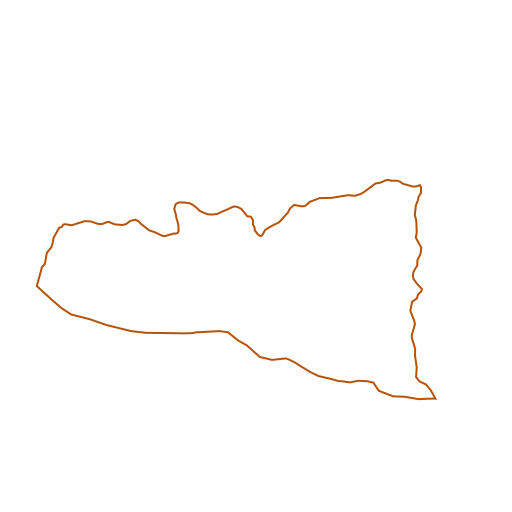 the district of Bolobo, Bandundu, Democratic Republic of the Congo, rotated 283°
{"feature_id": "63176286B21856672762157", "entity_name": "Bolobo", "entity_type": "district", "adm_level": 2, "iso_a3": "COD", "parent_name": "Democratic Republic of the Congo", "parent_adm1": "Bandundu", "projection": "mercator", "projection_center": [16.431, -2.651], "detail": "fine", "context": "isolated", "style": "outline", "palette": "amber", "viewbox_px": 512, "rotation_deg": 283, "n_neighbors": 0, "source": "geoboundaries", "source_scale": "gbopen_adm2", "svg_char_len": 3025}
<svg xmlns="http://www.w3.org/2000/svg" viewBox="0 0 512 512"><g transform="rotate(283 256 256)"><path d="M252.5,87.2L251.5,81.4L248.7,76.6L244.5,69.5L244.1,63.0L243.7,62.0L243.3,61.2L241.8,60.6L240.5,60.1L240.0,59.2L239.3,57.9L228.0,54.6L224.1,54.9L222.5,55.0L218.4,54.6L212.8,51.8L212.5,51.7L212.1,51.5L202.4,52.0L201.8,52.0L200.9,52.0L196.9,49.9L195.8,49.9L177.4,49.2L166.8,68.0L161.3,78.6L160.5,80.8L157.4,89.2L157.2,100.2L157.0,108.0L157.0,108.6L156.2,115.4L156.1,117.2L155.6,121.1L155.1,126.4L154.7,151.0L155.4,157.0L155.5,157.8L156.2,164.7L156.6,167.1L158.6,176.1L164.5,203.5L166.4,210.9L167.2,212.9L168.0,214.4L174.6,237.2L175.4,245.8L169.6,257.7L166.8,267.3L158.5,282.4L158.4,295.1L162.9,308.0L162.9,308.4L162.5,311.6L160.9,318.2L159.0,323.3L155.1,335.1L153.1,343.7L153.1,356.2L152.7,364.4L153.5,369.9L153.9,375.8L157.4,383.6L159.0,392.6L159.0,398.9L155.5,402.5L152.3,405.9L150.1,421.1L150.2,421.7L152.3,432.6L153.1,446.7L155.1,453.7L157.4,462.6L157.4,462.8L161.1,459.7L161.6,459.2L164.6,456.3L169.0,450.7L169.6,447.9L170.2,445.2L170.4,444.5L170.6,443.5L172.7,440.9L174.1,439.2L183.5,437.7L194.5,433.4L201.4,431.9L211.2,426.3L213.5,425.7L213.9,425.6L218.2,425.8L225.4,426.2L228.1,424.9L228.8,424.6L237.3,418.7L246.6,418.4L250.8,422.3L252.6,422.4L255.2,422.6L258.1,424.7L258.6,424.9L259.6,425.0L261.2,425.0L265.2,419.1L267.0,417.0L269.2,414.5L270.3,414.1L271.9,413.4L275.7,413.0L278.7,413.8L281.1,414.6L282.9,415.3L287.7,414.3L288.1,414.2L295.0,415.8L296.3,415.7L301.3,415.2L309.9,407.5L314.8,407.4L323.0,405.2L324.1,404.9L326.9,404.0L327.9,403.5L331.7,401.5L335.3,401.1L341.2,400.4L345.7,401.1L346.3,401.2L350.3,401.1L350.7,401.3L354.5,402.5L358.7,401.7L359.6,401.5L361.9,399.9L360.1,397.0L359.0,393.8L359.4,382.9L360.8,379.6L361.1,376.8L360.3,373.2L359.7,370.3L360.0,368.2L359.9,368.0L359.2,365.8L356.5,362.1L355.3,360.4L353.5,356.1L342.8,347.0L340.1,344.2L337.0,339.1L336.7,337.2L336.4,335.4L335.9,331.9L331.9,322.0L329.8,317.0L326.6,304.7L324.6,301.8L320.7,296.0L316.6,293.3L315.5,291.9L314.7,289.6L314.6,287.0L314.3,281.7L310.1,278.5L305.5,277.3L301.1,274.9L294.0,270.9L288.8,264.5L283.5,259.1L277.4,257.3L276.5,256.0L276.9,253.9L278.3,252.0L280.0,249.9L281.2,248.7L283.0,248.5L286.0,246.0L290.1,245.0L292.7,242.7L292.9,242.0L293.1,241.3L292.7,238.6L298.5,231.3L299.4,227.9L299.6,225.6L299.2,223.2L297.1,220.3L294.6,217.2L291.1,212.3L288.5,209.2L286.7,204.6L285.9,200.7L286.0,197.7L286.6,194.2L287.2,191.3L288.7,188.8L290.2,186.1L291.6,182.9L292.5,179.2L292.4,178.8L292.0,174.5L291.4,171.3L290.7,168.5L288.6,166.2L286.5,165.8L283.4,165.8L280.6,167.3L278.6,168.5L275.7,169.6L272.8,171.3L268.5,173.5L265.0,174.4L262.6,175.0L260.9,174.5L259.6,172.5L259.4,170.8L254.8,162.5L254.7,160.8L254.6,160.0L256.0,153.9L256.4,152.0L257.0,146.0L257.5,145.0L261.4,136.7L263.5,133.7L264.2,130.4L262.0,125.7L257.6,122.0L256.2,118.7L255.2,112.5L255.1,111.4L255.2,110.3L256.1,104.9L255.5,103.3L255.0,102.3L253.9,100.8L252.6,99.0L252.0,96.4L251.8,95.4L252.1,91.1L252.5,87.2Z" fill="none" stroke="#b45309" stroke-width="2"/></g></svg>